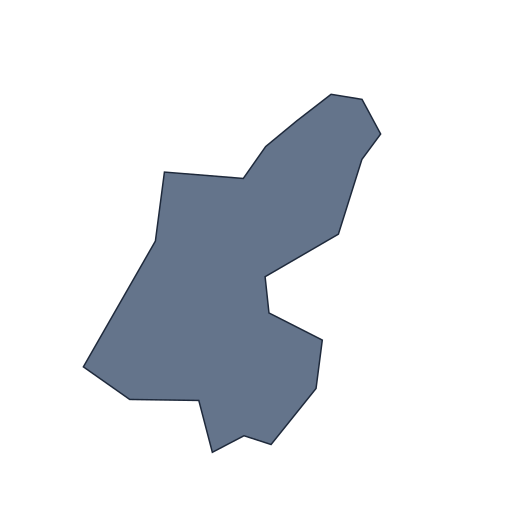 the Metropolitan Borough of Dudley, rotated 33°
{"feature_id": "GBR-5692", "entity_name": "Dudley", "entity_type": "Metropolitan Borough", "adm_level": 1, "iso_a3": "GBR", "parent_name": "United Kingdom", "parent_adm1": "", "projection": "orthographic", "projection_center": [-2.094, 52.493], "detail": "fine", "context": "isolated", "style": "filled", "palette": "slate", "viewbox_px": 512, "rotation_deg": 33, "n_neighbors": 0, "source": "natural_earth", "source_scale": "10m", "svg_char_len": 418}
<svg xmlns="http://www.w3.org/2000/svg" viewBox="0 0 512 512"><g transform="rotate(33 256 256)"><path d="M294.1,85.8L292.2,117.3L313.2,192.8L274.9,268.4L297.9,296.7L357.4,290.4L378.5,334.4L371.3,405.9L343.8,413.3L326.3,444.4L286.7,408.3L228.2,445.1L171.6,443.0L163.5,298.3L133.5,235.5L203.1,197.9L204.5,158.9L216.6,120.4L230.9,79.5L259.6,66.9L294.1,85.8Z" fill="#64748b" stroke="#1e293b" stroke-width="1.5"/></g></svg>